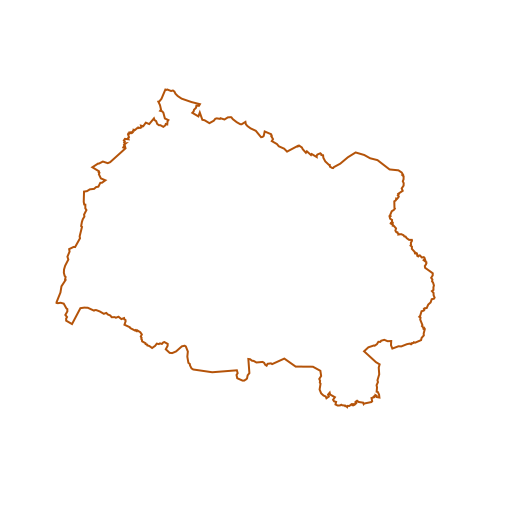 San Miguel el Alto, Jalisco, Mexico (orthographic projection), rotated 204°
{"feature_id": "50627088B47757986918048", "entity_name": "San Miguel el Alto", "entity_type": "district", "adm_level": 2, "iso_a3": "MEX", "parent_name": "Mexico", "parent_adm1": "Jalisco", "projection": "orthographic", "projection_center": [-102.412, 20.993], "detail": "fine", "context": "isolated", "style": "outline", "palette": "amber", "viewbox_px": 512, "rotation_deg": 204, "n_neighbors": 0, "source": "geoboundaries", "source_scale": "gbopen_adm2", "svg_char_len": 6085}
<svg xmlns="http://www.w3.org/2000/svg" viewBox="0 0 512 512"><g transform="rotate(204 256 256)"><path d="M408.0,357.3L405.1,354.8L402.3,351.1L402.6,349.7L400.5,350.0L398.9,349.2L395.2,344.6L391.3,344.5L391.6,343.1L390.6,340.1L392.1,339.9L392.0,338.5L393.2,336.3L396.5,336.6L397.9,336.0L400.0,336.5L402.1,338.6L404.0,338.9L405.2,340.2L407.2,333.1L410.9,333.0L411.8,328.7L414.1,328.3L413.0,326.9L414.0,325.8L415.8,325.5L415.7,324.9L416.7,324.3L417.7,322.0L419.1,321.6L418.6,320.8L419.2,320.5L419.4,319.1L420.0,319.0L419.0,318.7L419.3,318.1L420.3,318.2L420.2,317.5L421.5,317.4L421.1,316.8L421.6,316.0L422.4,316.1L422.5,315.2L420.4,312.9L420.8,311.8L419.9,310.8L423.4,309.7L423.7,307.8L422.5,307.4L422.6,306.0L421.5,305.5L420.8,305.9L421.8,303.9L421.2,303.4L421.4,301.2L419.7,301.5L419.8,302.3L419.0,301.3L427.4,282.4L429.2,280.5L434.3,280.0L437.2,276.4L437.9,276.2L441.6,270.5L433.9,269.5L433.8,268.5L432.9,268.3L432.8,266.8L429.3,263.8L424.4,263.9L426.5,260.3L428.0,259.5L428.2,255.2L430.1,253.9L431.2,251.5L434.9,249.3L436.8,246.5L439.3,244.9L435.4,235.4L433.9,233.2L432.8,233.5L431.3,230.1L429.6,229.0L429.9,223.9L428.8,222.2L429.2,219.2L428.9,216.3L427.9,212.2L426.8,211.8L425.1,202.2L424.0,200.6L424.9,190.6L426.3,190.1L429.5,186.3L428.1,184.2L428.0,178.7L426.0,176.4L426.4,169.5L425.9,165.6L424.7,162.5L422.7,160.0L421.4,159.4L420.8,156.7L420.2,156.6L421.4,149.2L419.8,143.1L419.4,132.6L419.1,132.0L417.8,132.3L415.5,133.8L412.3,134.3L407.9,131.0L406.8,130.8L405.8,128.7L406.2,124.6L403.8,123.4L404.0,121.6L403.1,119.7L396.4,119.0L395.2,136.9L391.9,139.0L388.6,140.3L381.8,140.2L381.1,141.1L379.9,141.6L376.2,141.8L371.5,141.3L369.6,143.1L367.6,142.3L364.9,142.4L363.0,141.4L360.1,142.7L358.9,142.6L356.9,144.6L353.3,143.6L351.3,145.6L350.6,144.6L349.3,144.5L348.6,143.5L348.2,139.7L342.3,139.6L341.5,139.0L336.1,138.7L335.9,139.3L334.4,138.9L334.4,139.8L330.7,139.3L328.4,137.9L328.5,135.5L327.2,134.7L327.1,133.6L326.3,133.2L325.3,131.7L321.5,131.4L321.0,130.6L319.4,130.8L318.9,130.1L316.8,130.4L313.5,129.7L311.6,132.9L311.0,135.6L308.9,136.0L308.2,137.1L306.2,137.4L305.7,139.1L304.8,140.1L300.9,139.8L300.2,138.0L300.5,134.1L295.5,132.4L293.1,133.2L290.2,136.3L287.0,143.3L284.7,145.0L283.3,144.8L279.4,141.0L277.8,136.1L274.3,130.9L272.5,130.4L271.8,129.2L269.2,127.1L267.2,126.8L248.7,132.0L227.0,143.8L225.1,141.5L225.4,139.4L223.4,136.7L217.6,136.7L216.1,137.4L214.7,139.6L214.4,140.5L215.1,143.6L214.4,146.3L221.1,158.8L219.4,159.3L217.0,158.7L215.5,159.2L212.3,158.9L206.9,161.9L205.1,161.7L203.4,160.4L201.7,160.1L201.6,162.2L198.7,164.0L197.3,163.8L188.4,173.8L174.8,171.1L159.0,178.0L150.5,177.3L147.7,172.9L148.2,169.4L146.7,168.1L146.2,166.3L145.1,165.6L143.6,159.9L140.6,157.0L137.6,156.0L135.1,156.0L133.8,154.7L132.3,157.2L133.8,158.7L133.1,161.1L132.0,159.6L126.5,159.1L127.1,156.0L125.6,155.0L123.5,155.3L123.0,152.7L120.6,152.6L118.5,153.6L117.6,154.8L116.5,154.7L113.8,155.6L113.4,155.1L112.3,155.5L111.3,155.1L111.4,156.3L109.7,157.0L108.4,159.6L106.7,160.3L106.8,159.0L106.4,159.1L105.4,160.3L104.5,162.5L104.9,163.3L105.6,162.7L105.8,163.2L104.8,164.9L102.8,164.4L98.5,165.6L97.4,164.5L97.2,165.2L91.2,169.5L90.8,170.6L92.7,173.2L90.8,174.9L91.3,175.4L90.8,176.3L89.9,176.6L90.3,177.5L89.2,177.4L89.3,176.7L88.6,176.2L85.7,176.9L87.2,179.4L89.4,181.3L90.6,181.1L92.0,185.2L93.3,187.0L93.3,190.4L94.5,191.9L95.3,198.0L98.5,204.0L99.0,207.3L103.2,207.8L118.5,212.9L116.2,218.3L111.8,222.3L111.1,222.3L109.7,224.6L109.3,227.4L107.5,228.1L107.2,229.5L104.7,231.6L101.1,231.7L97.9,233.3L96.4,229.4L93.8,226.9L89.1,231.5L86.5,232.5L82.3,236.8L80.1,238.4L78.4,238.4L78.1,238.8L78.4,239.6L76.7,240.7L76.7,241.4L75.3,241.6L71.0,246.3L71.4,248.6L70.4,251.7L71.3,253.4L72.1,258.0L72.7,258.4L72.7,257.7L73.3,257.5L74.2,258.7L75.9,259.5L75.8,260.5L80.1,264.7L80.7,266.7L82.1,266.9L81.7,268.2L82.3,272.9L80.6,274.3L80.3,275.3L81.1,276.0L80.8,276.8L78.9,277.9L78.9,281.7L77.6,284.6L77.9,288.0L76.1,289.3L75.9,290.6L77.8,292.4L78.8,294.5L81.0,295.5L80.1,297.2L81.2,299.6L81.5,301.5L83.5,303.8L84.8,304.4L85.3,306.3L87.1,307.3L86.7,310.2L87.5,312.1L96.7,314.0L97.7,315.5L97.3,317.6L97.8,319.6L101.2,320.4L101.0,321.1L99.2,320.5L101.4,322.9L102.3,323.2L103.9,322.1L106.5,323.2L107.2,322.9L107.6,321.6L108.7,321.7L110.0,323.8L111.2,323.9L111.4,323.1L111.8,323.0L112.8,324.3L116.5,325.9L117.4,328.0L119.1,328.4L119.0,329.5L119.9,331.0L119.7,333.4L120.2,334.1L122.7,333.0L125.6,333.6L127.3,334.6L128.4,334.2L129.7,335.0L132.3,335.0L134.7,333.5L135.0,334.4L136.0,334.5L136.5,335.2L137.6,334.9L139.0,335.9L139.3,338.2L142.4,339.6L143.4,339.3L143.7,340.2L146.2,340.5L146.2,340.9L144.5,340.8L144.4,341.9L145.8,342.8L146.4,344.3L148.6,344.6L150.2,346.6L149.4,347.3L150.1,347.8L150.2,352.1L148.9,354.0L148.4,355.8L149.1,356.3L151.9,362.2L150.9,363.7L151.3,365.5L150.4,365.5L149.8,367.6L149.8,368.4L151.1,369.1L150.7,370.1L151.4,370.6L148.5,375.2L150.4,377.0L149.8,380.3L150.7,382.6L152.3,384.0L152.4,386.1L153.5,388.7L155.2,389.4L154.7,390.0L156.8,391.5L160.7,392.2L169.2,389.4L184.0,393.0L191.5,391.7L198.2,392.3L207.1,391.1L212.2,383.6L216.6,374.6L221.0,368.9L221.3,367.7L222.1,367.4L224.8,367.7L225.7,369.2L226.4,368.9L231.2,370.6L234.4,373.1L235.7,375.3L237.3,374.8L237.8,375.6L239.0,376.0L241.2,373.6L241.4,372.3L240.8,371.1L246.6,371.8L246.8,370.6L252.1,372.3L252.4,370.6L256.8,372.6L258.2,373.8L261.6,374.4L261.8,373.6L262.6,372.9L262.9,373.2L270.1,364.0L273.9,365.5L279.8,365.5L282.4,366.8L288.3,367.4L288.0,369.7L290.8,371.7L290.5,372.2L291.7,373.4L298.7,373.3L297.8,368.8L298.4,367.5L299.7,366.6L307.1,370.3L312.9,370.4L316.6,371.2L318.8,372.2L320.2,374.2L322.7,370.5L324.0,370.0L328.0,370.4L332.9,371.6L334.9,372.7L335.6,372.5L338.1,371.2L340.3,367.9L344.5,367.4L344.7,366.6L347.8,365.8L349.0,364.8L349.6,362.4L352.6,358.4L358.2,359.1L360.4,358.6L365.7,364.2L365.4,360.1L372.4,360.9L371.8,362.7L372.1,364.4L371.1,367.0L371.6,369.1L369.2,370.0L369.0,371.9L377.5,370.4L388.0,369.5L392.6,370.3L395.6,371.5L397.4,373.0L399.2,373.4L400.7,372.2L404.8,372.0L405.4,371.3L406.5,371.2L406.3,361.1L407.2,357.9L408.0,357.3Z" fill="none" stroke="#b45309" stroke-width="2"/></g></svg>